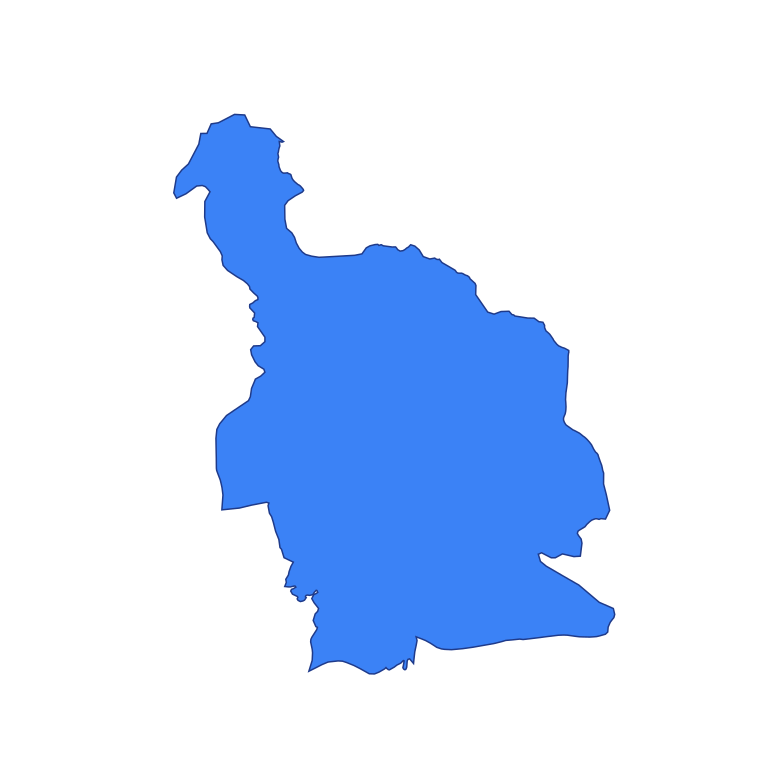 the district of Penukal Abab Lematang Ilir, Sumatera Selatan, Indonesia, rotated 75°
{"feature_id": "22746128B2393542990028", "entity_name": "Penukal Abab Lematang Ilir", "entity_type": "district", "adm_level": 2, "iso_a3": "IDN", "parent_name": "Indonesia", "parent_adm1": "Sumatera Selatan", "projection": "orthographic", "projection_center": [103.991, -3.208], "detail": "fine", "context": "isolated", "style": "filled", "palette": "blue", "viewbox_px": 768, "rotation_deg": 75, "n_neighbors": 0, "source": "geoboundaries", "source_scale": "gbopen_adm2", "svg_char_len": 5984}
<svg xmlns="http://www.w3.org/2000/svg" viewBox="0 0 768 768"><g transform="rotate(75 384 384)"><path d="M600.4,242.5L600.9,240.2L601.1,238.9L589.0,234.0L584.8,233.7L580.8,235.3L578.6,235.9L578.4,235.9L576.8,235.0L576.4,234.7L575.8,233.3L573.9,226.8L572.3,224.7L572.2,224.6L570.2,220.9L569.3,218.7L569.0,216.5L568.9,214.7L569.3,213.2L570.4,211.3L570.2,209.3L571.8,205.0L564.4,198.7L548.3,197.9L537.4,197.8L526.9,194.9L524.0,195.1L521.6,194.9L518.7,194.8L514.8,195.2L510.9,195.5L509.5,195.6L507.7,195.6L506.1,196.2L504.5,197.3L501.3,198.3L496.4,199.3L493.5,200.5L490.3,202.1L488.6,203.1L487.1,204.1L486.1,205.0L484.0,206.5L482.1,207.9L478.3,212.0L477.2,213.4L470.9,218.6L469.8,219.1L467.6,219.7L465.3,219.9L463.4,219.4L462.0,218.5L459.7,216.7L457.7,215.7L455.9,215.0L453.1,214.1L448.4,213.1L446.1,212.7L438.8,210.3L438.8,210.2L430.3,206.6L423.9,204.7L421.6,204.0L418.4,203.0L415.1,201.8L408.4,199.9L404.7,198.9L402.5,198.0L402.1,197.8L401.0,197.2L399.6,197.0L399.4,196.9L397.6,198.8L396.2,200.3L394.6,202.8L393.5,204.0L392.4,205.4L390.3,206.8L385.8,208.8L384.5,209.0L381.3,210.1L378.9,211.0L377.4,211.9L375.9,212.9L374.6,213.8L372.4,214.1L371.4,214.3L369.9,214.0L368.9,213.7L365.5,214.5L364.2,217.5L364.1,218.1L359.3,221.9L359.2,222.2L357.5,228.1L352.2,240.0L350.9,240.8L350.0,242.5L346.1,244.4L344.3,252.2L345.0,259.6L341.4,265.2L321.4,272.3L315.6,270.6L312.7,269.7L310.4,270.0L304.6,273.7L303.0,273.9L301.2,275.2L300.8,275.7L300.2,276.7L299.4,277.7L299.0,278.0L298.5,278.7L297.8,279.2L296.9,280.7L296.7,281.9L296.4,282.7L296.2,283.4L295.7,284.3L294.7,285.1L294.0,285.3L293.0,285.7L292.5,285.9L287.0,291.3L286.9,291.4L281.7,296.6L277.8,298.2L277.8,298.3L277.9,298.9L277.4,300.5L276.4,301.7L275.5,302.4L275.1,307.4L271.1,313.1L263.6,315.3L258.8,318.5L256.4,322.2L257.2,323.6L258.0,324.8L258.5,326.8L259.5,328.9L260.1,331.1L259.8,334.0L257.8,336.0L256.1,336.6L254.6,337.3L253.8,340.6L250.3,349.0L248.9,350.4L248.7,350.8L248.8,352.4L248.9,353.0L247.5,353.9L247.0,356.6L246.9,361.8L247.9,365.9L252.6,371.6L252.1,379.0L245.9,408.9L244.8,414.0L241.8,420.8L238.6,426.2L235.5,428.7L231.0,430.8L225.1,432.2L220.6,432.4L219.1,432.5L214.2,433.9L208.5,437.8L199.2,437.1L185.7,433.7L182.1,429.2L179.2,420.8L177.5,413.4L176.3,411.6L175.3,411.6L174.0,412.1L171.2,413.5L169.9,414.5L168.9,415.6L165.4,418.0L163.4,419.0L162.2,419.4L161.4,419.6L157.6,419.8L157.0,420.3L156.5,421.0L155.8,422.1L155.1,422.4L154.8,424.0L154.7,424.9L154.2,426.7L153.1,427.8L152.5,428.1L151.3,428.7L147.6,429.1L146.4,429.1L145.0,428.8L141.1,428.9L139.1,428.0L137.6,427.1L136.1,427.0L134.0,426.9L132.6,426.0L131.0,425.3L129.4,424.5L128.6,424.0L127.1,423.0L122.6,422.4L124.0,419.9L123.9,419.3L123.9,418.9L123.8,418.3L117.0,423.9L108.2,427.9L100.9,446.5L88.1,448.9L84.9,458.6L88.8,476.4L88.0,483.6L96.1,490.1L94.6,496.1L104.4,500.8L120.9,516.0L125.0,524.0L130.4,530.9L145.0,537.6L150.9,536.3L149.0,526.0L144.3,513.7L145.2,508.2L147.2,505.4L150.1,503.8L153.3,502.3L161.3,509.8L176.3,514.0L192.2,515.6L198.7,514.2L202.3,512.2L213.8,507.8L218.4,507.1L222.1,508.4L227.8,508.7L233.8,505.7L242.2,498.4L247.5,493.1L248.3,492.5L251.9,490.0L255.0,488.7L257.7,488.9L262.5,486.2L266.4,483.6L268.0,483.4L269.8,484.0L270.2,486.7L271.8,489.9L272.3,492.6L272.5,493.1L274.2,493.7L275.8,493.9L281.9,490.6L286.1,492.2L286.5,493.5L287.9,494.1L289.1,493.8L290.6,491.6L292.3,489.9L295.8,491.3L308.0,486.9L312.3,488.1L315.0,493.5L313.5,500.1L316.3,503.9L321.5,504.3L329.2,502.8L333.8,500.8L338.6,496.2L341.8,496.0L344.6,501.3L344.6,501.5L346.0,507.0L347.8,508.3L354.0,513.1L358.7,515.1L361.7,516.4L365.0,519.2L370.4,534.9L373.7,544.3L379.9,553.0L384.6,557.2L393.0,560.4L412.7,565.3L422.0,567.7L424.1,568.0L427.6,567.7L434.4,567.0L438.2,567.1L442.3,567.3L449.6,568.3L463.6,573.2L466.4,555.8L466.7,543.5L467.8,528.1L469.2,526.0L471.6,527.5L479.2,528.1L483.1,526.9L488.8,526.7L497.2,526.8L498.4,526.8L507.0,525.8L515.1,526.8L517.1,525.8L525.9,525.5L532.6,517.7L536.1,521.1L540.6,524.2L543.8,525.8L547.2,529.4L550.4,529.7L553.9,532.3L554.2,531.5L555.1,529.3L555.8,527.0L555.8,525.6L555.9,523.0L556.3,522.1L557.4,521.7L558.3,524.6L558.4,526.5L559.9,527.7L563.3,526.8L566.8,522.7L567.8,522.4L569.1,523.5L570.8,523.0L572.5,521.1L572.6,518.5L572.2,516.7L570.2,514.4L569.3,515.0L568.5,514.6L568.0,513.8L568.1,512.3L568.9,510.7L569.0,508.7L568.9,507.1L567.1,505.2L565.7,502.9L566.1,502.2L567.1,502.1L568.1,501.9L568.8,503.5L569.3,506.4L572.6,509.3L577.3,508.1L583.8,505.3L586.4,506.9L588.3,510.0L594.1,513.6L600.7,512.6L601.8,511.3L603.8,512.5L604.9,513.7L609.9,519.2L611.7,520.7L614.1,521.6L621.7,522.0L625.2,522.6L632.4,524.9L642.0,530.9L640.6,524.0L639.0,516.6L638.1,510.2L638.3,508.4L638.7,505.9L639.6,500.0L641.0,495.8L642.3,493.8L643.5,492.0L648.1,485.9L652.7,480.8L660.1,473.2L661.6,468.2L661.0,463.4L659.3,457.0L658.4,455.5L658.8,455.3L659.5,455.0L659.9,454.6L660.4,454.2L661.0,453.8L661.5,452.8L661.5,452.7L660.1,447.3L658.8,444.2L658.1,440.7L657.6,439.3L656.9,438.3L656.2,437.0L656.2,436.6L656.7,436.2L662.0,438.7L662.6,439.1L663.3,439.1L664.1,438.9L664.7,438.6L665.3,438.0L665.4,437.1L665.0,436.5L664.5,436.1L663.3,435.3L657.6,433.3L656.2,432.2L656.1,430.4L661.6,427.8L658.4,426.6L650.7,423.6L644.4,420.4L640.4,418.5L638.2,418.4L636.5,418.4L640.5,412.9L642.2,410.7L642.3,410.5L646.2,406.4L649.6,403.3L652.0,401.2L654.8,397.0L656.0,394.1L658.1,387.5L660.0,376.6L661.3,366.0L662.2,355.7L663.1,345.7L663.2,343.8L663.3,336.5L663.2,332.7L664.3,326.6L665.5,319.0L666.8,315.8L667.8,309.2L669.3,298.6L669.7,295.4L670.3,291.0L670.8,287.7L671.8,280.6L673.0,275.3L674.1,271.8L675.0,269.7L677.3,264.3L678.7,260.8L679.8,257.2L681.7,250.7L682.5,246.8L683.0,244.0L683.1,241.2L683.0,234.9L681.5,232.1L677.9,230.8L676.8,230.4L673.5,227.8L672.6,227.0L670.8,224.7L669.1,222.4L666.3,220.8L661.1,220.6L660.2,220.6L659.7,221.2L650.6,232.6L628.5,247.9L625.6,250.9L614.8,261.7L602.0,274.4L595.9,278.8L588.3,279.0L588.3,278.4L587.9,276.1L587.8,275.5L595.1,267.5L596.2,263.5L594.3,255.6L599.9,245.2L600.4,242.5Z" fill="#3b82f6" stroke="#1e3a8a" stroke-width="1.5"/></g></svg>